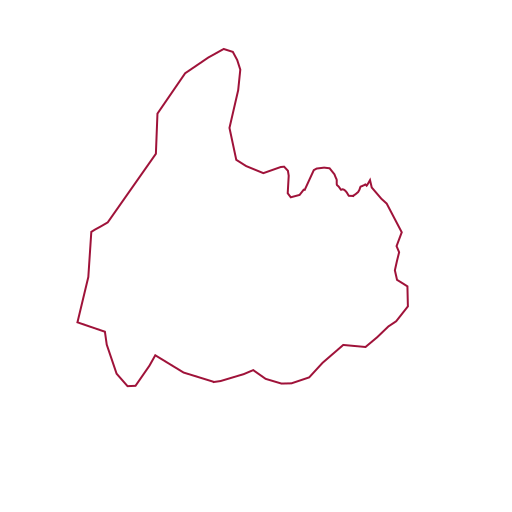 the district of Ijebu North East, Ogun, Nigeria, rotated 206°
{"feature_id": "59680162B36139632039116", "entity_name": "Ijebu North East", "entity_type": "district", "adm_level": 2, "iso_a3": "NGA", "parent_name": "Nigeria", "parent_adm1": "Ogun", "projection": "equal_earth", "projection_center": [3.998, 6.879], "detail": "fine", "context": "isolated", "style": "outline", "palette": "rose", "viewbox_px": 512, "rotation_deg": 206, "n_neighbors": 0, "source": "geoboundaries", "source_scale": "gbopen_adm2", "svg_char_len": 1746}
<svg xmlns="http://www.w3.org/2000/svg" viewBox="0 0 512 512"><g transform="rotate(206 256 256)"><path d="M414.6,205.5L397.5,163.6L387.4,118.1L358.6,121.7L351.3,110.9L329.7,89.1L314.4,82.7L307.4,86.5L303.7,110.6L303.0,122.6L270.0,119.5L239.2,124.3L238.9,124.1L233.0,128.1L215.1,144.6L208.5,152.2L193.5,149.8L177.2,152.5L168.3,157.1L155.0,170.2L149.3,189.3L138.6,214.3L117.7,222.2L111.4,236.3L106.1,250.8L101.4,258.8L97.4,277.3L106.6,295.1L118.8,296.4L124.9,304.0L127.1,313.2L129.0,322.1L134.0,326.5L135.4,341.2L161.5,360.4L168.4,362.4L182.0,368.3L186.8,374.2L186.9,372.5L187.0,370.8L187.2,368.8L187.4,367.7L188.5,368.1L189.0,368.3L189.2,368.1L189.5,367.7L189.8,367.1L190.2,366.7L190.5,366.4L190.7,366.1L191.0,365.8L191.1,365.5L191.6,365.1L192.0,364.6L192.4,364.2L192.4,363.7L192.4,363.2L192.3,362.5L192.2,361.8L192.1,361.2L192.1,360.5L192.1,359.9L192.2,359.2L192.2,358.6L192.3,358.1L192.4,357.8L192.8,357.1L193.1,356.2L193.6,355.3L194.0,354.5L194.4,353.8L194.8,353.3L195.0,353.1L195.0,352.8L194.9,352.5L196.5,351.9L197.5,351.4L198.5,351.0L198.9,350.8L199.6,351.1L200.4,351.7L201.4,352.3L201.6,352.5L202.5,353.0L203.6,353.5L204.7,353.9L205.7,354.1L206.5,354.1L207.5,353.9L208.0,353.3L208.6,352.8L209.3,353.1L211.1,354.1L212.3,354.7L214.2,355.2L214.9,355.9L215.9,357.9L216.7,359.6L217.4,360.4L218.3,361.1L219.8,362.4L221.3,363.8L228.3,367.1L233.5,365.3L239.8,361.2L241.7,358.5L241.2,336.8L242.2,336.5L243.6,330.0L250.5,324.0L255.0,326.3L261.8,342.5L264.7,346.6L269.9,348.6L272.8,346.8L285.7,333.7L304.3,332.5L315.9,333.8L336.0,359.5L344.7,397.2L351.8,416.6L358.8,423.9L366.3,429.3L375.8,427.9L385.8,413.6L399.8,389.2L407.0,340.8L390.8,304.0L404.0,221.2L408.7,214.2L412.2,209.3L414.6,205.5Z" fill="none" stroke="#9f1239" stroke-width="2"/></g></svg>